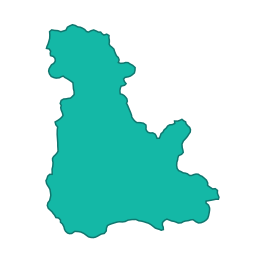 outline of Marliéria, Minas Gerais, Brazil, rotated 86°
{"feature_id": "56859067B52774594546831", "entity_name": "Marliéria", "entity_type": "district", "adm_level": 2, "iso_a3": "BRA", "parent_name": "Brazil", "parent_adm1": "Minas Gerais", "projection": "mercator", "projection_center": [-42.627, -19.682], "detail": "fine", "context": "isolated", "style": "filled", "palette": "teal", "viewbox_px": 256, "rotation_deg": 86, "n_neighbors": 0, "source": "geoboundaries", "source_scale": "gbopen_adm2", "svg_char_len": 3811}
<svg xmlns="http://www.w3.org/2000/svg" viewBox="0 0 256 256"><g transform="rotate(86 128 128)"><path d="M205.4,42.8L203.4,42.1L201.1,42.9L199.2,43.4L196.5,43.1L194.6,45.2L194.7,47.9L193.4,49.5L192.1,51.2L190.8,52.6L188.5,52.3L185.5,53.4L183.2,55.6L181.4,57.5L180.4,59.5L179.0,61.2L178.7,63.4L179.1,65.8L179.8,67.7L179.7,69.8L177.8,72.0L177.0,74.1L176.6,76.1L175.2,78.2L174.0,80.5L171.8,81.8L168.8,82.1L165.6,81.7L163.2,80.7L161.3,80.4L159.1,79.4L158.0,76.4L156.2,74.6L154.0,74.8L151.3,75.3L147.8,75.3L144.7,73.6L142.4,71.1L140.6,69.4L138.7,68.0L136.4,66.2L134.0,65.8L131.7,66.5L130.0,68.2L127.8,69.8L125.9,70.1L124.7,71.9L123.1,73.6L123.9,75.5L124.6,77.9L124.3,81.1L126.7,81.0L127.7,83.5L127.8,86.3L128.8,88.3L130.9,90.0L132.3,92.0L134.6,93.5L135.9,95.4L138.4,96.4L140.4,97.4L140.3,99.8L137.8,100.5L136.0,101.4L134.6,103.6L134.5,106.4L133.7,108.3L132.2,109.5L130.5,110.2L128.3,109.9L126.3,109.9L124.3,112.3L123.5,115.5L123.2,118.9L121.3,121.0L119.6,122.2L117.4,123.5L115.5,123.6L112.6,124.4L110.0,125.3L107.9,126.0L105.5,126.8L103.3,127.8L101.2,126.8L98.8,127.1L97.1,128.2L95.5,129.5L94.2,131.2L93.4,133.4L90.2,133.5L87.8,132.9L85.8,132.0L85.1,128.4L83.7,126.8L81.3,128.4L78.8,129.0L77.3,127.4L76.9,124.0L76.3,121.9L75.2,120.0L73.5,117.8L70.9,117.0L68.2,116.7L65.8,119.0L64.3,121.4L62.8,123.4L62.5,125.8L63.0,127.8L63.0,131.0L62.0,133.1L59.5,132.1L57.0,132.8L55.3,134.4L53.3,135.2L50.9,136.0L48.3,136.6L46.3,138.4L44.7,140.2L42.9,141.0L40.9,140.6L38.8,140.5L36.7,140.8L34.4,140.5L32.9,142.7L33.6,145.6L32.1,147.4L30.4,148.6L30.3,150.8L29.1,152.8L27.8,155.4L28.4,158.1L29.6,160.8L28.8,162.7L26.7,164.3L25.2,166.5L24.2,168.4L23.6,171.2L22.1,173.3L21.1,176.2L22.0,178.8L23.2,181.4L26.1,183.1L26.8,186.0L27.3,188.3L26.0,191.2L25.5,194.6L24.8,197.3L26.4,199.5L29.9,199.5L33.2,199.9L36.4,201.0L38.9,202.0L40.9,203.1L42.9,203.8L43.6,201.2L45.9,199.8L48.1,200.4L50.4,200.2L51.4,197.5L53.5,195.9L56.3,195.9L58.4,197.6L59.6,199.9L61.8,201.5L63.5,202.6L65.7,203.2L68.5,202.6L71.2,201.0L72.6,198.3L73.2,196.2L73.1,192.9L72.2,191.0L71.7,189.0L73.3,187.3L74.4,185.5L75.7,183.7L77.1,181.9L78.9,179.8L81.9,179.7L85.1,179.7L87.7,179.2L90.9,179.4L93.0,181.7L94.2,183.3L94.3,185.6L94.6,187.7L94.6,190.2L95.8,192.7L98.8,193.9L100.9,193.0L103.0,193.7L105.3,193.4L108.2,192.4L110.9,191.9L112.7,193.4L114.3,195.4L115.7,197.8L116.9,200.3L119.7,199.8L122.1,198.1L124.9,198.7L129.4,199.1L131.9,199.1L134.3,199.1L137.9,199.1L141.0,199.3L143.5,199.3L146.3,199.4L148.3,200.8L149.9,202.5L151.3,204.2L153.1,205.4L155.0,205.5L157.1,205.2L159.0,205.4L160.9,205.7L163.7,206.6L166.6,206.7L168.9,206.9L168.8,209.4L170.4,211.4L173.2,212.5L174.8,213.5L177.7,213.1L179.9,212.1L181.6,211.1L183.9,210.1L187.3,209.8L189.7,209.7L191.7,210.2L194.8,211.2L197.0,213.1L199.7,213.9L202.6,213.1L204.7,211.1L206.3,209.6L208.0,208.6L209.9,207.2L212.3,206.2L212.9,203.6L214.9,201.8L217.3,201.9L219.1,200.1L222.1,198.8L224.6,198.4L226.6,197.5L228.5,195.7L229.3,193.8L229.3,191.5L227.4,188.3L227.9,184.6L228.5,182.2L230.2,179.2L232.1,177.0L233.8,175.0L234.6,172.6L234.9,170.1L234.6,168.1L233.8,166.0L232.8,164.0L231.9,162.0L231.5,159.0L229.2,156.9L226.4,156.5L223.9,155.3L223.0,153.3L222.3,150.8L221.6,147.8L221.1,145.5L220.9,143.3L221.3,140.1L221.1,137.4L219.9,134.4L219.6,130.5L219.8,126.4L221.3,123.6L221.8,121.1L222.6,118.7L223.5,116.6L224.4,114.2L226.1,111.7L228.2,109.4L229.7,107.8L230.6,105.8L231.3,103.8L232.3,102.0L231.8,99.8L229.3,99.8L227.3,100.5L224.7,100.2L222.6,97.9L221.6,95.6L222.7,93.2L223.8,90.9L224.4,88.5L225.2,86.7L226.3,84.5L226.3,81.4L225.3,79.4L224.8,77.3L224.6,74.1L224.0,71.7L224.0,69.4L226.2,66.9L227.6,64.4L227.6,61.8L226.7,59.0L225.4,56.7L223.8,54.9L221.3,53.8L218.1,52.9L215.4,52.3L213.5,52.2L210.5,53.1L208.3,55.4L206.4,55.2L206.0,51.6L205.6,48.2L205.2,45.3L205.4,42.8Z" fill="#14b8a6" stroke="#0f766e" stroke-width="1.5"/></g></svg>